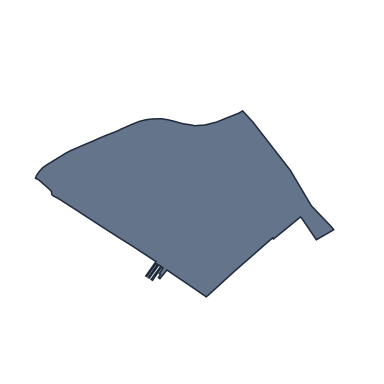 Rud Al-Farag, Al Qahirah, Egypt, rotated 123°
{"feature_id": "37247803B92272311463105", "entity_name": "Rud Al-Farag", "entity_type": "district", "adm_level": 2, "iso_a3": "EGY", "parent_name": "Egypt", "parent_adm1": "Al Qahirah", "projection": "natural_earth1", "projection_center": [31.241, 30.075], "detail": "fine", "context": "isolated", "style": "filled", "palette": "slate", "viewbox_px": 384, "rotation_deg": 123, "n_neighbors": 0, "source": "geoboundaries", "source_scale": "gbopen_adm2", "svg_char_len": 1490}
<svg xmlns="http://www.w3.org/2000/svg" viewBox="0 0 384 384"><g transform="rotate(123 192 192)"><path d="M265.8,330.7L265.4,328.5L265.4,327.2L265.6,325.1L267.4,312.8L268.1,310.3L268.7,309.6L269.1,309.3L270.2,308.5L270.7,307.7L270.8,306.3L270.8,305.2L270.6,304.2L270.3,300.4L270.2,285.7L270.2,255.8L270.1,230.3L269.8,210.5L269.9,203.7L269.9,202.4L269.9,201.1L269.9,194.1L270.0,187.8L269.9,184.3L270.9,184.4L287.6,185.0L287.5,183.8L271.6,183.3L271.5,181.6L287.5,182.0L287.5,181.0L271.4,180.1L271.4,179.9L271.3,177.7L287.6,178.7L287.6,177.0L271.4,176.6L271.4,176.4L271.4,174.9L276.1,174.9L278.3,175.0L278.4,174.2L278.4,173.5L280.0,173.5L282.1,173.6L282.2,172.7L282.2,171.7L271.1,170.5L271.3,161.9L271.6,146.2L272.1,126.3L272.2,122.9L271.0,122.6L269.8,122.2L235.4,113.2L186.5,99.4L186.9,98.6L187.1,98.0L185.7,97.6L176.8,94.7L153.8,87.4L154.2,86.1L154.6,84.8L164.4,61.7L146.5,52.6L145.5,55.1L138.6,84.3L123.0,115.8L120.4,121.0L118.2,127.2L100.2,179.0L96.4,193.7L100.5,195.8L110.9,203.2L119.8,209.3L129.1,218.0L134.0,224.6L134.5,225.3L135.1,226.0L135.8,228.2L137.6,232.3L140.1,237.9L142.5,245.9L144.3,250.9L147.0,257.2L149.6,261.1L152.4,265.1L156.1,269.6L161.2,274.4L168.1,279.3L178.1,285.9L180.5,287.2L181.0,287.5L181.7,288.0L183.9,289.5L190.0,294.0L196.8,298.7L203.2,302.8L209.9,307.4L216.1,311.5L223.3,316.3L227.7,318.8L247.9,328.4L250.8,329.6L251.6,329.9L252.7,330.4L258.3,331.3L262.7,331.4L263.4,331.3L264.1,331.1L265.8,330.7Z" fill="#64748b" stroke="#1e293b" stroke-width="1.5"/></g></svg>